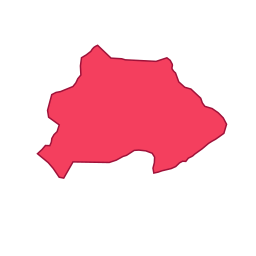 the border of Kayseri, rotated 35°
{"feature_id": "TUR-2287", "entity_name": "Kayseri", "entity_type": "Province", "adm_level": 1, "iso_a3": "TUR", "parent_name": "Turkey", "parent_adm1": "", "projection": "natural_earth1", "projection_center": [35.883, 38.542], "detail": "fine", "context": "isolated", "style": "filled", "palette": "rose", "viewbox_px": 256, "rotation_deg": 35, "n_neighbors": 0, "source": "natural_earth", "source_scale": "10m", "svg_char_len": 1088}
<svg xmlns="http://www.w3.org/2000/svg" viewBox="0 0 256 256"><g transform="rotate(35 128 128)"><path d="M68.6,201.0L69.9,194.9L70.4,189.7L74.1,187.3L73.3,183.6L71.6,180.2L71.2,175.9L72.0,171.6L69.9,164.9L56.8,164.7L52.0,159.7L46.4,144.4L48.6,140.2L51.9,136.8L59.1,125.6L59.4,120.9L58.6,116.3L59.0,111.6L53.4,104.4L49.6,97.1L51.9,92.0L53.6,86.5L53.5,84.1L53.8,81.6L54.6,79.6L55.7,77.7L74.0,80.5L83.1,74.9L86.7,73.7L112.8,57.3L119.6,48.2L123.8,48.4L127.7,50.4L128.5,51.3L129.5,53.5L130.2,54.3L132.8,55.3L135.4,55.7L143.1,61.1L151.1,62.1L157.2,60.0L170.5,61.9L174.5,64.8L178.5,66.2L185.8,63.8L193.3,63.8L200.2,65.1L206.6,68.4L209.6,77.4L206.2,86.9L204.4,90.6L202.8,94.4L200.7,102.4L197.5,111.5L197.2,113.2L196.6,114.7L194.7,118.1L194.5,122.2L191.8,123.9L190.2,127.0L189.2,132.2L186.7,136.4L180.5,143.4L177.9,147.0L175.0,150.1L171.5,146.6L169.5,141.3L166.5,136.6L162.3,134.8L155.7,136.5L149.5,139.9L145.9,142.8L142.5,151.2L140.2,154.2L136.8,161.1L132.4,167.0L102.4,187.3L104.1,205.9L99.9,207.8L89.9,204.0L82.5,202.1L68.6,201.0Z" fill="#f43f5e" stroke="#9f1239" stroke-width="1.5"/></g></svg>